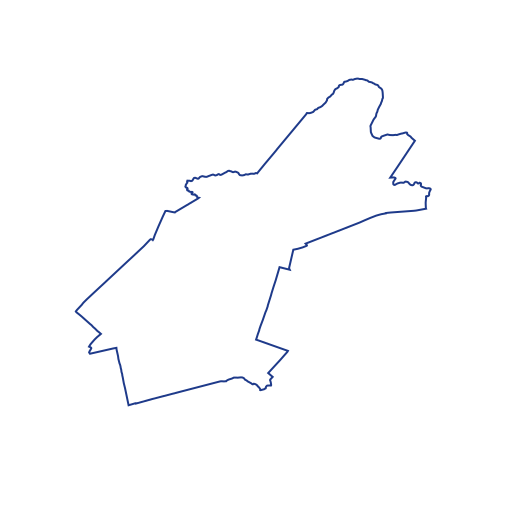 the district of Barza, Olt, Romania, rotated 157°
{"feature_id": "2599482B78592992186898", "entity_name": "Barza", "entity_type": "district", "adm_level": 2, "iso_a3": "ROU", "parent_name": "Romania", "parent_adm1": "Olt", "projection": "robinson", "projection_center": [24.164, 44.333], "detail": "fine", "context": "isolated", "style": "outline", "palette": "blue", "viewbox_px": 512, "rotation_deg": 157, "n_neighbors": 0, "source": "geoboundaries", "source_scale": "gbopen_adm2", "svg_char_len": 6027}
<svg xmlns="http://www.w3.org/2000/svg" viewBox="0 0 512 512"><g transform="rotate(157 256 256)"><path d="M447.3,232.4L447.0,230.9L423.6,226.7L420.4,226.0L420.9,224.4L422.1,217.8L422.9,214.9L423.6,210.4L423.6,209.1L423.8,207.7L424.3,205.6L424.5,204.0L425.1,201.9L425.3,199.9L425.5,199.0L425.7,198.5L426.1,196.3L427.4,190.5L428.2,185.5L431.6,168.4L424.7,167.6L424.3,167.5L424.3,167.1L407.5,164.9L338.0,154.6L336.7,154.2L334.5,153.1L332.4,152.4L332.2,152.6L330.6,152.9L329.0,152.9L326.1,152.6L323.9,152.7L321.5,151.7L320.6,151.2L317.6,150.3L316.3,149.7L315.6,149.1L315.1,148.5L314.8,148.0L314.4,146.4L313.6,145.5L313.1,144.8L312.7,143.9L310.3,140.9L309.5,139.5L309.0,139.1L308.0,139.3L307.4,138.9L306.6,138.2L305.9,137.3L305.3,136.1L305.4,135.7L305.3,135.3L305.0,134.8L304.5,133.7L304.2,132.0L304.2,131.6L304.5,130.9L304.2,130.7L300.8,130.2L300.2,130.2L299.9,130.4L298.8,130.4L297.9,131.7L296.9,132.2L296.4,132.3L295.9,132.2L293.6,131.3L292.9,130.9L292.6,131.1L292.4,131.5L291.9,133.4L291.6,135.1L291.6,136.1L291.3,136.6L291.0,136.8L287.9,138.2L290.5,143.5L274.2,150.9L269.0,153.4L264.6,155.5L263.7,156.2L288.6,179.0L287.0,180.8L284.9,183.3L282.1,186.3L281.6,187.1L279.3,189.7L274.6,194.6L269.3,200.5L267.7,202.0L264.9,205.1L264.5,205.8L257.5,214.0L256.2,215.7L251.7,221.0L247.4,225.9L238.7,236.5L230.3,230.2L230.3,230.4L230.4,231.5L230.1,232.2L219.2,247.2L214.7,246.3L209.7,245.7L205.4,245.6L205.1,245.7L205.0,245.8L205.0,246.6L205.5,248.0L147.5,246.3L141.9,246.4L135.7,246.4L129.5,246.2L126.3,245.8L124.2,245.5L119.8,244.5L119.7,244.8L118.2,244.4L115.0,243.4L92.9,235.9L90.9,235.3L81.0,233.1L81.0,233.5L79.7,237.0L78.9,239.0L76.7,243.0L76.2,244.4L75.7,244.5L74.4,243.9L73.3,244.1L72.7,244.7L72.0,246.4L71.0,247.5L69.9,248.4L69.2,249.0L69.1,249.5L69.3,250.0L70.4,250.9L72.4,251.5L73.3,252.1L76.5,255.2L76.8,256.1L76.7,256.8L76.1,257.5L75.9,258.0L75.9,258.6L76.7,259.5L77.3,259.4L77.8,259.2L78.2,259.3L78.7,259.6L79.0,260.5L79.5,261.1L80.2,261.5L80.8,261.6L81.4,261.4L82.4,260.5L83.0,260.1L83.7,259.9L84.4,260.0L85.2,260.5L85.8,261.0L86.3,261.8L86.8,263.2L87.0,264.0L87.5,264.9L89.1,266.0L89.7,266.1L90.7,265.8L91.7,265.8L93.8,266.9L94.8,267.2L97.4,267.5L98.6,267.4L100.0,267.2L100.5,267.2L101.0,267.5L101.3,267.8L101.5,268.3L101.5,268.6L100.8,270.4L99.3,271.5L97.5,272.6L97.2,272.9L97.2,273.3L97.5,273.7L98.0,274.2L99.0,274.7L101.8,275.7L90.4,283.1L64.7,300.0L66.6,303.9L67.1,305.6L68.7,307.9L69.2,309.1L69.1,309.5L68.8,310.1L68.9,310.6L69.0,310.7L70.0,311.2L70.6,311.3L73.3,311.6L74.5,311.9L77.2,312.2L79.0,312.3L80.2,313.0L82.7,313.7L85.0,314.8L85.6,315.1L87.5,316.5L91.1,316.8L93.6,316.9L94.2,316.7L94.7,316.2L95.3,315.6L95.9,315.5L96.8,315.8L100.1,318.4L100.7,319.0L101.8,321.0L101.9,324.4L101.8,325.3L100.3,329.4L99.9,330.9L99.2,331.6L94.4,335.7L91.3,337.5L90.7,338.2L89.9,339.5L89.2,340.4L88.2,341.2L87.5,342.0L86.8,343.0L84.4,345.1L81.7,347.2L81.0,348.1L79.6,349.4L78.2,351.3L77.5,351.8L77.1,352.6L75.6,356.8L75.1,358.6L75.0,359.7L75.1,360.5L75.5,361.5L76.7,363.3L76.9,364.1L76.9,365.1L77.4,366.0L78.6,366.9L79.2,367.4L80.1,368.8L80.8,369.4L81.5,370.5L83.0,371.6L83.9,372.2L84.2,372.6L84.8,373.9L85.1,374.2L85.6,374.6L86.2,374.9L86.7,375.5L89.2,377.5L91.6,378.5L92.4,379.2L93.0,379.5L93.6,379.8L95.0,380.1L96.0,380.3L97.6,380.3L98.1,380.4L99.1,381.1L101.0,381.6L101.6,381.6L103.3,381.3L105.3,381.5L106.4,381.8L106.7,381.8L107.1,381.5L108.2,380.5L108.7,380.2L109.3,380.0L109.7,380.0L111.0,380.4L112.3,380.6L112.7,380.5L113.2,380.2L113.6,379.5L113.9,379.2L115.6,378.7L117.6,378.6L118.3,378.3L119.5,377.4L120.7,376.0L121.7,375.2L122.0,375.1L123.2,374.9L125.4,373.8L127.2,373.6L128.0,373.3L128.7,373.0L129.1,372.8L129.7,371.8L129.9,371.5L132.0,370.0L135.0,368.9L136.3,368.3L138.5,367.9L140.6,368.0L141.4,367.8L142.3,367.3L142.7,367.3L144.0,367.5L144.5,367.5L147.0,366.3L148.9,366.3L150.6,366.5L151.7,366.9L153.2,367.7L153.4,367.7L154.4,366.9L195.4,345.8L195.8,345.5L211.9,337.3L221.4,332.3L222.6,331.6L223.2,332.1L223.7,332.4L224.3,332.5L225.0,332.3L226.1,332.6L226.7,333.0L227.8,333.4L228.3,333.7L228.6,333.8L229.7,333.9L230.2,334.0L231.5,334.1L233.5,335.2L235.3,335.1L235.9,335.3L236.4,335.3L237.5,335.7L239.0,336.6L239.3,336.9L239.6,337.8L239.8,339.4L240.0,339.7L240.7,340.5L241.8,341.6L242.6,341.9L243.9,342.0L244.6,342.3L244.9,342.5L245.4,343.2L246.0,343.8L246.9,344.4L247.2,344.8L247.9,345.1L248.5,345.2L248.9,345.2L250.6,344.8L251.8,344.8L255.5,344.4L256.5,344.4L257.2,344.6L257.5,344.9L258.2,345.9L258.5,346.0L259.3,346.0L260.4,345.8L261.9,346.0L262.3,346.3L263.4,347.5L263.9,347.8L265.6,348.0L266.6,348.0L268.4,348.1L269.9,348.1L270.6,348.2L272.0,348.8L272.5,349.3L273.2,349.7L273.7,350.2L274.3,350.5L275.3,350.6L276.4,350.6L276.9,350.5L278.6,349.7L278.8,349.7L279.6,350.0L281.3,351.7L282.2,352.0L282.6,352.0L283.2,351.7L284.5,350.7L285.0,350.4L285.4,350.2L286.2,350.3L286.6,350.3L287.5,351.1L289.6,352.1L290.5,352.4L290.4,352.3L290.3,351.9L290.3,350.9L290.5,350.5L290.6,350.3L291.2,350.1L293.0,348.7L293.3,347.9L293.8,347.6L293.9,347.4L293.8,346.8L293.6,346.3L293.2,345.8L292.7,345.6L292.6,345.2L292.6,344.9L292.7,344.7L293.5,344.1L293.6,343.4L293.4,343.0L292.5,342.6L292.4,342.4L292.4,341.6L291.7,340.9L291.0,340.5L290.5,340.0L290.0,340.1L289.7,339.9L289.5,339.6L289.5,339.4L290.3,338.7L290.8,338.6L291.0,338.5L291.0,338.1L290.9,337.9L290.4,337.7L289.9,337.0L288.7,336.8L288.3,336.7L288.1,336.4L288.0,336.2L288.1,335.4L287.9,335.2L287.2,335.0L287.0,334.6L287.1,334.0L287.1,333.0L286.5,332.2L286.2,332.2L285.8,331.9L286.9,331.6L313.4,328.0L313.7,327.8L315.1,328.7L320.1,332.2L321.8,332.8L326.3,328.8L334.2,321.4L340.9,314.9L344.1,311.4L344.7,311.0L344.9,311.6L346.2,312.5L346.4,312.6L347.3,312.4L355.5,308.8L428.5,282.3L432.5,280.7L434.0,280.0L435.3,279.2L441.7,276.4L443.5,275.4L443.3,274.4L441.7,271.5L440.3,268.8L435.2,258.0L434.5,256.8L433.6,254.2L432.5,252.0L431.2,248.7L430.6,247.8L429.2,244.9L433.8,243.5L436.9,242.3L438.2,241.7L442.5,239.6L443.6,238.9L445.1,237.8L444.4,237.1L443.8,236.3L443.6,235.8L443.7,235.4L444.9,234.4L446.6,233.2L447.3,232.4Z" fill="none" stroke="#1e3a8a" stroke-width="2"/></g></svg>